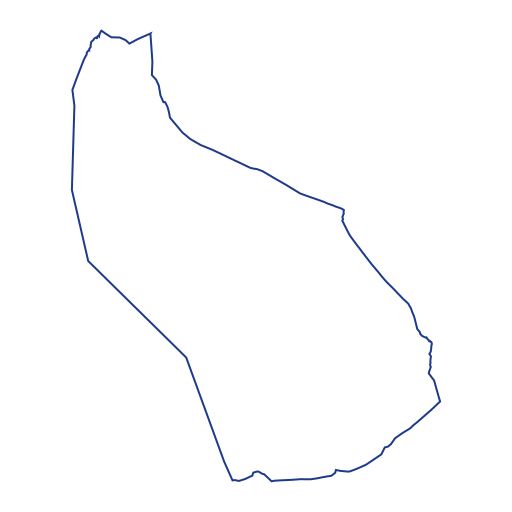 San Juan Ñumí, Oaxaca, Mexico (Equal Earth projection)
{"feature_id": "50627088B11336347088120", "entity_name": "San Juan Ñumí", "entity_type": "district", "adm_level": 2, "iso_a3": "MEX", "parent_name": "Mexico", "parent_adm1": "Oaxaca", "projection": "equal_earth", "projection_center": [-97.725, 17.437], "detail": "fine", "context": "isolated", "style": "outline", "palette": "blue", "viewbox_px": 512, "rotation_deg": 0, "n_neighbors": 0, "source": "geoboundaries", "source_scale": "gbopen_adm2", "svg_char_len": 2627}
<svg xmlns="http://www.w3.org/2000/svg" viewBox="0 0 512 512"><path d="M343.9,210.1L342.6,209.2L340.3,208.1L338.2,207.4L336.3,206.8L332.5,205.2L327.5,203.5L324.3,202.0L309.4,196.8L300.2,193.5L286.1,184.9L274.2,178.1L262.4,171.1L256.9,169.1L252.9,168.5L250.2,167.8L231.9,159.1L212.4,149.8L200.8,145.1L195.4,142.0L190.1,138.9L184.5,134.2L182.7,132.8L173.6,122.0L170.0,117.7L168.9,111.9L167.5,106.9L165.1,102.1L163.4,102.1L160.5,95.5L158.8,85.6L156.2,79.8L151.9,75.1L152.4,61.6L150.8,39.0L150.4,33.7L150.5,33.5L138.0,39.0L129.4,43.6L125.6,40.1L119.7,37.5L111.4,37.3L105.6,33.7L103.5,32.1L101.5,30.7L100.8,31.3L100.3,32.8L99.7,33.5L99.1,36.5L98.3,35.7L97.0,37.0L97.1,38.1L96.9,38.2L96.2,37.5L95.0,37.9L93.7,39.3L93.4,40.0L91.3,41.8L90.6,45.3L90.7,46.9L89.2,49.1L89.3,50.6L88.4,50.6L86.9,52.4L86.6,54.6L84.7,57.9L84.3,58.9L83.6,60.3L76.3,79.2L72.4,89.9L74.4,105.7L71.9,190.0L88.2,261.0L97.5,270.2L166.6,338.2L186.2,357.5L224.1,461.5L232.5,480.4L234.0,480.1L235.4,480.2L238.8,480.9L240.1,480.6L245.4,478.9L247.5,477.9L249.5,476.9L250.6,476.4L251.8,476.0L252.5,475.4L252.8,473.8L253.4,472.6L256.8,471.6L257.7,471.5L258.7,471.7L262.5,473.9L264.1,474.2L271.6,481.3L274.5,480.7L281.9,480.3L292.2,479.8L300.2,479.2L310.4,479.3L316.2,478.5L322.7,477.2L326.7,476.5L331.3,475.8L335.2,472.8L335.9,470.0L338.1,470.4L340.4,470.9L348.1,471.6L350.0,471.4L351.8,470.7L356.8,468.8L366.2,464.6L381.3,454.4L384.8,447.4L388.0,446.6L390.8,444.3L395.1,438.2L402.8,432.8L410.1,428.4L413.3,425.3L416.8,422.5L431.2,409.9L440.1,401.5L438.4,395.8L435.5,385.5L434.1,380.5L431.8,377.5L428.8,373.4L429.1,372.0L429.2,371.2L429.9,369.7L430.5,367.5L430.8,367.0L430.5,366.1L430.2,365.4L430.2,364.5L430.1,364.2L430.6,362.7L430.3,361.9L430.6,358.4L430.7,357.9L430.9,356.9L430.9,356.2L429.4,353.9L430.0,353.1L430.8,351.4L430.9,350.1L431.2,349.0L431.2,347.8L431.4,346.3L431.4,345.2L431.8,344.5L431.8,343.8L431.7,343.0L431.3,342.1L430.9,341.9L430.7,341.7L430.4,341.8L429.8,341.4L429.8,341.1L429.4,341.1L429.1,341.1L428.7,340.1L427.6,339.1L427.4,339.0L426.7,337.6L426.3,337.3L425.6,337.6L425.4,337.5L423.9,336.8L423.0,336.4L422.4,336.0L422.0,335.7L421.7,335.6L421.4,335.2L420.9,334.4L420.5,334.3L420.1,333.3L420.1,332.9L420.0,332.7L419.8,332.5L419.7,331.9L417.3,329.1L417.2,328.7L414.2,316.8L412.1,311.7L410.9,308.2L409.0,305.1L408.6,304.1L407.2,302.6L403.0,298.8L392.7,288.0L388.3,283.7L386.0,281.3L384.4,279.5L381.5,276.1L378.4,272.2L371.6,264.2L362.5,252.4L358.6,247.2L356.1,244.0L354.3,241.5L350.5,236.4L349.9,235.5L348.0,232.0L345.1,226.3L342.3,220.6L343.0,219.2L342.4,217.0L343.7,213.7L343.6,211.5L343.9,210.1Z" fill="none" stroke="#1e3a8a" stroke-width="2"/></svg>